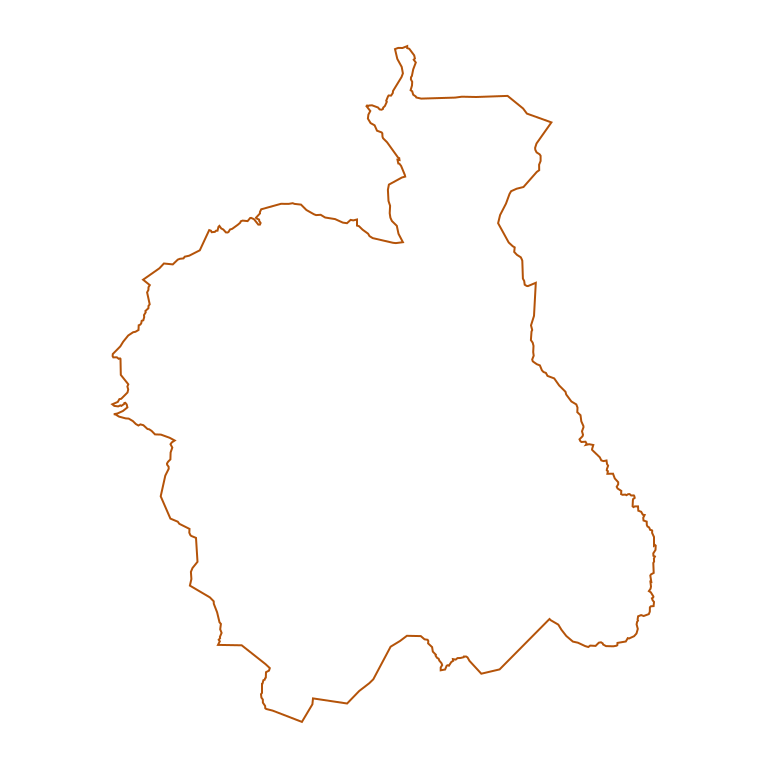 the district of Tancítaro, Michoacán, Mexico
{"feature_id": "50627088B20425370342224", "entity_name": "Tancítaro", "entity_type": "district", "adm_level": 2, "iso_a3": "MEX", "parent_name": "Mexico", "parent_adm1": "Michoacán", "projection": "albers", "projection_center": [-102.327, 19.354], "detail": "fine", "context": "isolated", "style": "outline", "palette": "amber", "viewbox_px": 768, "rotation_deg": 0, "n_neighbors": 0, "source": "geoboundaries", "source_scale": "gbopen_adm2", "svg_char_len": 6092}
<svg xmlns="http://www.w3.org/2000/svg" viewBox="0 0 768 768"><path d="M617.5,642.9L625.8,641.5L627.8,638.1L629.0,638.5L634.1,636.2L636.5,633.5L637.8,628.9L636.6,624.4L637.1,621.8L638.0,620.6L637.6,619.5L638.1,616.3L641.1,615.1L643.7,616.0L648.8,614.1L649.8,611.7L649.9,607.3L650.9,606.3L653.6,606.1L654.0,601.9L652.7,600.4L651.9,598.3L653.2,597.5L653.4,596.5L650.8,592.3L648.9,591.1L650.5,588.8L651.0,586.6L650.4,581.7L651.3,581.9L650.3,575.5L651.0,574.4L653.7,572.9L653.3,563.0L654.1,561.5L653.9,558.5L654.9,556.5L653.4,555.8L653.3,553.3L655.5,549.9L655.7,545.6L655.0,545.0L654.0,545.7L654.0,537.0L652.1,532.9L652.2,530.7L651.8,530.2L650.2,529.9L649.1,527.4L647.5,526.5L646.8,524.9L646.7,521.6L643.5,520.5L643.2,517.8L644.6,515.0L642.8,514.7L641.2,511.8L638.3,510.7L638.0,506.4L634.8,506.4L633.5,507.1L632.6,506.3L632.9,500.2L633.1,499.1L634.7,497.9L634.3,496.1L633.8,495.4L631.2,495.5L629.6,494.1L628.1,494.2L626.4,495.2L625.3,494.6L622.5,494.8L621.1,494.1L621.3,490.9L617.6,488.5L616.7,486.8L618.2,484.3L618.2,482.2L614.8,478.5L613.0,473.7L607.4,473.8L607.9,471.2L606.8,470.4L606.9,469.1L608.1,465.7L607.0,464.0L606.5,460.5L603.5,461.1L601.3,460.4L599.8,457.3L592.2,450.0L592.0,449.3L593.3,445.0L589.1,444.2L585.9,444.9L586.7,443.8L585.5,441.7L581.4,442.0L580.2,440.9L579.5,439.3L582.5,436.3L583.0,434.8L582.0,431.3L583.5,427.2L583.4,426.0L581.3,421.3L580.5,415.2L577.3,412.2L577.5,407.6L576.3,404.4L571.4,401.5L566.2,394.5L565.5,391.8L559.2,385.5L554.2,378.4L547.5,375.9L545.9,372.9L543.5,372.0L541.9,370.3L539.9,365.4L536.8,364.2L532.8,361.4L532.2,359.5L533.7,355.7L533.2,352.1L533.5,345.9L532.7,342.7L530.9,340.1L531.5,331.6L532.2,330.0L531.0,325.4L534.0,315.9L535.8,282.8L527.9,286.1L526.6,285.9L524.7,284.7L524.2,281.0L522.9,278.6L522.3,260.7L521.8,259.4L520.8,257.3L516.9,254.8L514.2,251.9L514.7,247.4L512.7,246.2L508.7,242.5L498.1,223.2L500.1,215.0L506.0,203.6L509.5,194.0L511.1,191.2L516.7,188.7L523.5,187.0L536.8,171.9L539.2,170.2L539.1,164.7L540.6,161.0L540.6,155.8L539.6,154.3L536.6,152.4L535.3,149.8L535.1,147.9L536.5,143.5L551.4,122.4L526.9,113.6L523.1,108.5L507.6,95.9L476.2,97.0L461.9,96.7L455.1,97.6L421.2,98.6L416.3,97.5L415.8,96.5L413.2,94.7L412.2,91.3L410.6,90.2L412.0,85.5L412.2,81.8L410.9,79.4L411.0,77.3L411.9,75.9L413.2,69.4L415.8,62.5L413.7,59.7L414.9,58.5L414.2,55.4L409.3,48.8L407.2,48.1L407.2,46.1L402.5,48.0L398.2,47.9L395.0,49.1L397.3,58.9L401.7,66.9L402.9,73.4L401.5,77.1L393.0,91.0L392.8,93.0L391.1,95.6L388.6,95.5L388.0,96.4L386.2,100.8L386.8,101.8L384.9,106.0L383.2,107.6L382.9,109.0L381.6,109.7L379.6,109.4L378.0,107.5L372.0,105.3L369.0,105.5L368.2,106.1L367.1,105.5L366.5,106.2L370.3,111.0L368.4,114.6L367.9,118.6L370.6,123.1L374.6,125.3L377.0,130.7L381.6,132.4L382.3,133.3L382.5,136.8L383.1,138.3L387.1,142.3L398.3,157.9L399.2,158.1L399.5,160.1L397.5,159.8L398.3,163.5L399.4,163.7L401.1,165.9L404.8,174.9L405.2,176.6L401.9,177.5L388.9,184.6L387.9,189.8L388.5,201.0L390.1,205.8L389.7,213.2L390.4,217.7L391.9,221.0L396.8,225.8L398.5,233.8L402.9,242.2L395.9,243.1L393.0,242.8L372.7,238.1L369.5,236.1L368.1,233.7L362.6,229.7L359.0,226.2L357.0,225.6L357.0,219.5L353.3,220.4L350.6,219.9L347.0,223.2L342.8,222.6L335.1,219.1L325.1,217.5L320.7,214.8L316.1,215.1L314.0,214.3L306.4,210.0L301.0,204.6L294.5,203.9L292.7,203.2L288.6,203.9L281.0,203.8L261.2,209.3L259.9,212.1L260.0,213.4L256.0,217.7L256.3,218.3L259.1,219.6L259.2,220.9L260.6,223.0L259.9,224.6L258.3,224.6L254.0,219.2L251.1,217.9L250.2,218.0L247.6,221.1L242.6,220.6L240.8,221.3L240.2,222.7L237.9,224.7L232.1,228.9L230.0,229.5L228.5,232.0L227.6,232.5L225.9,232.4L223.3,229.5L221.3,228.5L219.4,225.9L218.5,226.8L217.5,230.7L216.1,230.7L214.8,231.9L211.7,232.2L210.9,230.7L209.2,230.1L199.8,250.3L189.2,255.7L184.7,256.7L183.5,258.4L179.9,258.8L177.8,259.6L172.8,264.4L163.9,263.5L159.4,268.3L143.1,279.7L149.8,285.1L148.5,287.2L148.4,289.9L147.1,292.4L149.7,304.3L148.5,305.9L148.4,308.2L145.4,311.0L145.7,312.3L144.0,315.1L144.2,317.1L143.3,320.3L141.7,320.8L141.2,323.4L140.3,324.6L138.7,325.3L138.5,330.0L135.4,331.8L133.2,332.2L128.2,335.5L123.2,341.7L120.3,346.4L112.8,354.0L112.6,356.1L113.3,357.4L116.8,357.3L118.7,358.8L120.0,358.4L120.5,358.9L120.8,374.9L128.3,384.3L127.4,386.5L128.2,389.5L127.5,392.5L121.2,398.8L119.4,399.1L117.8,401.9L112.3,404.3L114.3,405.9L118.2,406.4L120.3,405.4L121.3,405.9L124.1,404.0L124.4,403.0L125.3,402.8L126.7,404.5L127.4,407.4L122.9,411.0L117.4,413.5L113.8,414.2L115.6,414.5L119.0,416.6L125.7,418.4L128.7,418.6L132.9,421.1L135.8,424.0L138.4,425.5L140.4,424.4L143.4,425.2L147.5,429.0L149.2,429.3L151.6,430.9L155.0,434.4L160.9,434.6L169.7,437.8L174.7,440.5L171.8,442.4L170.5,444.2L172.3,447.6L170.6,452.5L170.4,459.4L168.1,461.7L167.0,463.5L167.1,464.7L168.6,466.7L168.7,468.8L165.3,475.6L160.7,496.3L170.4,518.6L177.8,521.7L179.3,523.8L189.5,528.9L189.3,532.7L190.3,535.0L191.2,535.9L196.0,537.9L197.5,561.8L192.5,568.0L190.9,571.9L191.4,579.0L189.9,585.6L209.9,597.4L213.7,601.3L213.8,603.8L217.1,612.3L219.5,622.3L220.9,623.9L220.2,629.3L221.6,632.9L219.9,636.9L220.1,638.2L218.7,639.8L219.8,641.3L218.0,644.9L241.7,645.3L265.5,664.1L269.8,668.1L269.0,670.6L266.0,672.2L265.8,677.7L265.0,678.4L264.7,679.7L263.4,680.2L262.5,683.6L262.0,683.8L262.0,692.9L261.0,694.2L261.4,697.6L262.8,699.5L262.9,702.7L265.1,705.9L265.3,708.3L266.3,709.0L272.6,710.6L301.9,721.9L312.4,704.3L313.0,698.4L347.1,703.5L359.3,690.9L369.3,683.2L373.3,679.3L390.6,646.7L400.0,641.0L406.9,635.8L420.8,636.1L424.5,639.3L427.6,639.8L428.3,641.0L428.1,643.4L432.1,647.1L432.8,651.6L435.9,654.8L435.6,655.7L437.0,657.8L438.6,658.7L439.3,660.6L441.5,663.2L442.2,665.1L440.7,667.5L440.7,670.3L445.1,669.5L446.7,665.7L447.9,665.2L448.9,665.7L451.3,662.0L453.2,660.8L452.9,659.1L455.7,659.6L457.5,658.1L460.4,658.0L463.7,657.2L463.9,656.5L466.1,656.5L467.5,657.4L469.5,660.9L481.3,673.7L499.6,669.4L549.5,619.0L550.7,620.2L558.3,624.6L561.4,629.7L566.3,636.0L572.9,641.6L577.9,642.7L585.2,646.1L588.3,647.0L590.2,645.6L595.6,645.9L598.8,642.7L601.0,642.3L602.7,643.4L603.1,644.5L606.0,646.1L613.3,646.3L616.6,645.7L617.3,645.2L617.5,642.9Z" fill="none" stroke="#b45309" stroke-width="2"/></svg>